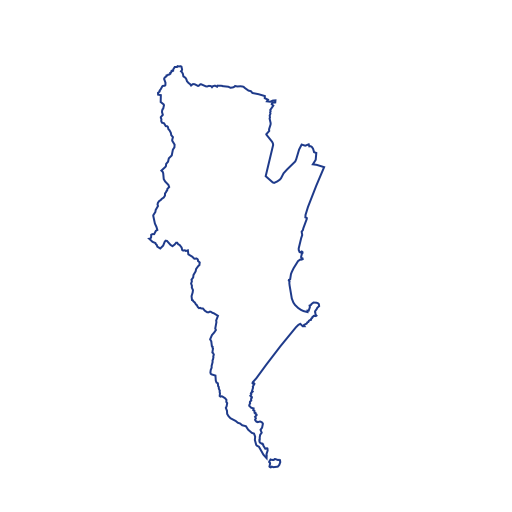 outline of Phu Loc, Thừa Thiên - Huế, Vietnam, rotated 70°
{"feature_id": "81297802B61067118889021", "entity_name": "Phu Loc", "entity_type": "district", "adm_level": 2, "iso_a3": "VNM", "parent_name": "Vietnam", "parent_adm1": "Thừa Thiên - Huế", "projection": "mercator", "projection_center": [107.975, 16.288], "detail": "fine", "context": "isolated", "style": "outline", "palette": "blue", "viewbox_px": 512, "rotation_deg": 70, "n_neighbors": 0, "source": "geoboundaries", "source_scale": "gbopen_adm2", "svg_char_len": 6077}
<svg xmlns="http://www.w3.org/2000/svg" viewBox="0 0 512 512"><g transform="rotate(70 256 256)"><path d="M375.1,338.0L376.0,337.5L376.1,336.1L377.1,335.2L379.1,333.7L381.0,333.0L383.0,333.8L384.4,333.4L387.3,335.1L388.4,336.3L391.5,336.2L394.5,337.1L397.1,336.6L399.7,335.5L404.1,331.5L406.5,330.1L408.0,328.2L410.3,326.9L412.5,323.7L416.5,322.8L420.8,320.4L422.2,318.6L425.5,318.6L428.5,320.0L433.6,320.4L434.6,320.0L436.2,318.5L445.2,317.0L449.6,315.2L446.9,314.1L445.9,314.0L442.8,311.6L440.8,311.1L440.4,311.4L440.3,313.2L436.5,314.0L435.4,313.7L434.9,314.2L434.5,314.2L434.4,314.8L432.5,316.2L430.8,316.1L430.1,315.4L429.5,315.5L429.1,315.0L427.6,314.5L425.4,313.2L424.0,311.1L420.9,311.2L419.4,309.0L416.0,306.9L414.7,307.1L413.5,308.1L412.9,308.8L412.7,311.2L412.2,311.5L412.0,312.2L410.4,312.8L409.6,312.9L408.4,311.6L406.8,311.9L405.8,309.9L405.2,309.7L404.1,310.4L403.4,310.2L403.3,310.8L402.9,311.0L400.8,310.4L399.9,311.3L398.4,310.4L397.0,312.4L394.4,313.6L393.4,313.0L392.4,311.9L391.4,311.8L390.8,311.4L390.2,309.9L388.7,309.6L387.7,308.3L386.9,308.2L386.4,308.9L385.3,309.1L384.8,308.0L383.9,307.5L383.4,307.8L382.9,307.3L382.3,306.4L382.5,305.9L382.3,305.5L381.5,305.9L378.7,303.8L377.7,303.7L375.6,301.2L375.0,301.4L375.2,302.4L374.3,302.8L373.5,302.2L371.0,297.5L361.7,283.6L349.0,263.7L336.6,242.8L335.2,239.7L334.9,237.6L338.0,236.1L338.5,234.6L337.9,234.8L337.2,234.4L336.8,231.4L335.9,230.4L335.9,229.4L335.0,228.5L334.7,227.5L334.8,226.1L333.7,225.5L333.4,224.4L332.5,223.7L332.5,222.9L332.0,222.3L332.9,220.4L332.7,219.6L331.3,220.1L329.3,219.6L328.8,219.7L328.1,219.3L326.3,216.7L325.6,216.1L324.7,213.8L322.7,213.4L321.4,214.1L320.5,215.3L319.4,217.9L320.1,220.3L320.8,221.1L320.9,222.6L322.4,222.8L325.4,225.2L324.9,226.3L326.3,226.8L324.0,230.2L322.0,232.2L319.2,234.2L315.3,236.1L312.5,236.8L308.2,236.9L295.2,234.5L292.7,233.9L291.4,233.2L290.3,233.6L289.7,233.2L289.6,231.9L284.9,229.3L283.2,227.8L280.3,224.8L275.2,218.3L274.5,215.9L275.0,214.4L274.9,213.2L274.1,213.1L273.4,214.0L272.4,214.0L269.8,212.3L269.0,211.2L268.1,211.0L267.4,211.5L267.9,212.9L267.2,213.7L265.0,213.8L263.5,213.3L254.6,207.4L252.1,205.4L248.8,204.8L247.6,203.0L246.2,202.1L238.4,195.5L237.6,195.3L236.6,196.4L234.3,195.4L227.7,190.4L210.4,175.2L195.8,161.6L191.1,167.8L189.3,171.2L186.0,167.0L179.8,164.1L178.3,165.9L174.7,165.7L172.7,166.2L171.5,167.1L171.2,168.4L169.1,168.3L169.2,172.0L166.9,175.0L170.7,179.1L178.8,185.1L180.6,186.8L185.3,197.2L187.7,201.8L191.5,205.9L192.4,207.5L193.2,210.5L193.5,213.9L192.6,215.1L184.3,219.6L157.5,201.9L155.9,201.6L154.2,201.8L145.6,204.7L145.1,204.7L143.0,200.8L141.4,200.4L137.5,197.4L136.2,196.8L131.4,196.2L130.6,195.5L128.7,195.1L127.1,193.7L125.8,193.6L124.9,192.7L123.7,192.7L120.6,188.3L118.7,189.3L117.6,188.3L118.3,185.4L116.4,184.5L115.7,187.0L115.9,189.9L114.4,192.8L113.2,191.3L110.7,193.8L108.7,193.0L104.8,198.3L101.6,203.6L99.3,204.5L98.0,206.5L94.2,209.1L92.8,209.8L92.2,210.6L91.2,212.5L90.3,215.6L89.1,217.5L89.5,218.1L89.7,219.9L89.2,222.4L87.5,224.1L84.9,229.4L84.4,229.8L82.8,233.9L83.6,234.7L81.9,236.3L81.7,238.5L82.3,239.6L81.4,239.9L80.8,240.5L80.0,242.1L80.0,243.9L79.5,245.0L75.8,248.9L75.6,249.5L76.4,251.5L76.4,252.3L73.9,254.6L73.2,255.6L72.9,256.8L73.6,258.7L72.1,259.1L70.2,260.3L68.1,261.1L66.1,261.0L64.3,261.4L62.4,262.8L59.8,262.4L57.9,262.7L56.8,263.3L56.2,262.2L55.5,261.7L52.6,261.3L51.9,261.9L51.5,263.6L50.8,264.8L51.4,265.6L50.6,267.7L52.4,270.0L53.6,270.5L53.6,271.2L53.1,271.7L53.1,272.0L54.4,272.9L54.6,274.0L55.4,274.1L55.8,275.2L55.6,276.6L56.0,277.6L55.7,278.3L56.6,279.0L57.1,280.8L58.2,281.8L62.2,281.8L64.4,282.7L64.8,283.5L64.3,285.4L64.5,286.0L66.8,288.6L67.6,290.0L68.5,290.3L69.2,292.3L70.9,292.8L72.3,290.4L78.7,292.9L82.0,290.9L82.8,290.9L85.8,292.8L86.2,293.7L87.5,294.6L88.6,295.1L91.5,295.3L92.9,297.9L93.6,298.2L95.1,298.1L96.7,298.9L98.5,298.8L99.9,297.0L103.1,296.4L103.7,295.1L104.4,294.7L107.0,294.9L108.2,294.3L111.1,293.9L113.5,294.3L115.9,293.4L118.0,294.9L119.0,295.3L123.5,294.4L126.0,295.5L127.6,297.7L132.7,300.8L134.4,304.5L137.3,306.4L138.7,308.9L140.7,309.9L141.3,310.7L143.4,315.7L145.0,314.9L146.5,314.9L152.2,316.4L154.9,315.9L159.2,314.0L161.5,314.0L162.7,316.4L164.1,317.1L164.3,317.9L165.3,318.8L166.1,320.1L168.1,320.9L169.5,322.7L170.1,325.1L170.8,326.3L171.3,328.3L172.5,330.0L173.9,330.9L175.5,331.0L178.4,334.5L180.2,335.5L182.4,338.4L183.0,338.8L190.9,339.9L194.7,339.6L197.8,339.8L198.1,341.5L200.6,344.2L200.0,345.9L200.2,347.2L202.6,348.2L203.5,349.3L203.3,350.4L207.3,348.4L209.4,346.1L210.8,346.0L211.6,345.5L213.5,345.5L216.2,343.4L214.5,339.7L211.4,336.9L210.7,335.7L211.4,334.5L216.4,332.5L218.2,331.1L217.4,328.5L216.2,326.5L216.6,325.5L218.4,325.1L219.5,324.0L222.6,323.0L225.1,323.3L226.0,322.6L226.3,320.9L227.3,320.2L227.4,318.1L231.3,319.0L234.9,316.1L237.3,315.0L237.7,314.4L237.9,312.9L238.8,312.1L239.7,311.9L240.8,312.2L242.8,311.1L245.2,312.3L245.7,313.7L247.7,316.7L249.8,318.0L252.4,321.2L254.7,322.4L256.2,324.7L257.8,324.9L259.7,326.4L262.1,326.4L263.7,327.1L266.5,326.9L268.6,328.0L271.7,330.3L275.5,331.2L276.0,330.5L277.1,330.4L278.8,329.4L281.1,329.0L281.6,328.5L284.1,328.1L285.5,327.4L285.7,326.1L286.5,325.5L287.2,323.8L289.9,322.8L292.2,321.1L292.7,319.8L292.5,318.4L292.9,317.6L294.6,316.3L295.3,315.3L299.2,312.2L303.0,315.5L304.6,315.8L310.2,319.1L311.8,319.0L313.5,321.3L315.2,324.4L318.6,327.6L320.9,327.2L325.6,328.3L326.4,327.8L327.3,328.3L328.1,328.0L331.8,330.0L332.7,329.5L334.3,329.4L335.7,330.5L336.5,330.6L338.5,331.8L339.1,332.5L340.9,333.1L344.1,335.3L345.8,335.9L347.6,337.5L349.9,338.7L351.2,338.8L352.0,338.3L354.5,335.0L359.3,336.4L361.4,336.4L362.6,335.4L365.3,336.1L366.3,335.8L368.0,336.3L370.2,336.1L371.3,336.7L372.7,336.8L375.1,338.0ZM458.0,303.7L456.2,303.3L456.1,303.8L455.4,304.1L455.2,305.2L453.5,307.2L453.2,308.0L453.7,309.0L453.5,309.9L452.8,310.9L452.7,311.9L452.3,312.1L453.7,313.9L454.3,314.1L455.2,313.6L455.8,313.7L458.5,315.4L459.0,315.2L459.7,314.4L459.3,313.2L460.4,311.9L461.4,307.6L460.3,305.6L458.0,303.7Z" fill="none" stroke="#1e3a8a" stroke-width="2"/></g></svg>